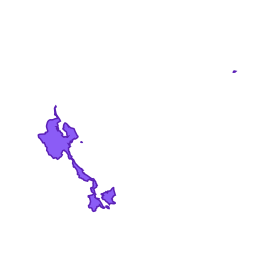 the border of Puntarenas, rotated 200°
{"feature_id": "CRI-1330", "entity_name": "Puntarenas", "entity_type": "Province", "adm_level": 1, "iso_a3": "CRI", "parent_name": "Costa Rica", "parent_adm1": "", "projection": "albers", "projection_center": [-84.164, 7.924], "detail": "fine", "context": "isolated", "style": "filled", "palette": "violet", "viewbox_px": 256, "rotation_deg": 200, "n_neighbors": 0, "source": "natural_earth", "source_scale": "10m", "svg_char_len": 5747}
<svg xmlns="http://www.w3.org/2000/svg" viewBox="0 0 256 256"><g transform="rotate(200 128 128)"><path d="M201.7,85.1L201.7,85.5L202.8,85.1L203.2,85.0L203.4,85.2L203.8,86.0L204.9,86.5L206.6,87.8L208.3,88.4L208.8,88.7L209.9,90.7L209.3,91.6L208.2,92.2L204.4,93.8L204.0,94.1L203.6,94.6L204.1,95.0L204.1,95.5L203.7,95.9L202.6,96.6L202.3,96.9L202.3,97.5L202.5,98.0L204.6,100.7L205.1,101.6L205.4,102.8L205.6,105.4L205.5,106.7L205.1,107.8L204.3,108.8L203.4,109.3L202.3,109.6L201.3,110.2L199.6,111.8L197.6,113.0L197.6,113.4L197.9,113.8L198.9,114.4L199.7,115.3L200.4,115.2L200.7,115.2L201.4,115.5L201.6,115.9L201.8,117.1L203.8,121.4L203.6,123.1L203.4,123.9L202.9,123.5L202.9,123.0L203.4,121.8L203.3,121.3L200.7,117.0L199.8,116.0L195.2,112.7L193.9,111.4L195.0,110.1L196.1,108.5L195.9,107.9L194.6,106.4L194.4,106.0L194.4,105.4L195.7,104.7L195.3,104.6L194.2,104.6L193.7,104.4L193.4,104.1L192.7,102.7L192.9,102.1L193.2,102.1L193.6,103.0L193.7,103.5L193.8,103.6L194.9,103.2L194.9,102.9L193.9,102.3L193.2,101.4L192.9,101.4L192.6,101.8L191.2,101.8L190.6,101.9L189.9,100.9L189.4,100.6L188.9,100.9L187.7,100.2L187.3,99.6L187.6,98.8L187.1,98.8L187.2,98.2L186.7,97.9L185.3,97.5L185.1,98.0L184.6,97.8L184.3,97.8L183.9,98.5L183.4,98.6L182.2,98.4L181.7,98.6L181.5,99.3L181.7,99.1L182.0,99.1L183.3,101.1L183.5,101.7L184.5,103.2L185.0,103.5L186.9,103.9L187.5,104.3L188.4,105.2L188.9,105.0L188.9,105.9L188.8,106.3L188.6,106.5L188.6,106.8L189.2,107.5L189.4,108.9L189.3,110.2L188.9,111.2L188.0,111.2L186.7,110.8L185.4,110.1L184.8,109.6L185.8,109.9L185.1,109.6L184.5,109.1L184.5,109.6L182.4,108.7L181.6,108.6L178.7,108.9L178.2,108.6L176.8,106.9L173.6,103.9L173.4,103.6L172.2,103.1L172.1,101.9L173.5,99.9L174.5,99.4L174.8,99.7L175.0,99.4L176.2,97.8L175.7,97.2L176.3,96.5L177.3,96.0L178.2,95.7L177.0,95.5L176.3,96.1L175.8,96.3L175.7,96.0L175.9,95.4L176.4,94.7L177.7,94.0L177.9,93.6L177.7,93.2L176.8,92.6L176.7,91.9L177.4,92.3L178.2,92.4L176.8,91.3L176.2,91.1L176.6,90.8L176.5,90.6L176.2,90.4L176.3,90.0L177.1,89.1L176.0,86.2L175.4,85.5L175.1,85.7L174.3,84.7L173.5,83.4L172.5,82.4L171.1,82.1L171.2,81.2L170.3,80.3L169.2,79.8L168.4,79.6L165.5,76.8L162.6,75.4L162.2,75.1L158.6,73.7L157.9,73.9L157.6,73.4L157.1,73.6L156.5,73.0L155.8,72.9L156.2,72.2L155.7,71.2L154.7,70.4L153.8,70.1L153.8,70.3L154.4,70.5L154.9,70.8L153.9,70.7L152.4,69.8L150.5,69.5L145.5,68.1L144.6,68.0L143.2,68.3L142.7,68.3L142.2,67.9L141.9,67.1L141.4,67.0L141.6,67.5L139.7,66.1L139.3,65.1L138.1,64.4L138.0,63.4L137.4,63.4L137.5,63.0L137.4,61.8L137.6,61.4L138.2,60.8L138.5,60.2L139.0,59.4L139.1,58.9L139.0,58.4L138.1,57.5L136.6,55.2L136.2,54.9L135.6,54.7L135.7,54.1L136.2,53.2L135.3,52.5L135.2,52.1L135.4,51.6L134.3,51.2L131.0,51.6L131.0,51.3L131.5,51.1L133.3,51.0L133.3,50.8L131.1,50.5L130.2,50.2L129.3,49.7L128.0,48.6L127.3,48.2L127.0,47.9L127.1,47.7L126.5,47.4L125.0,46.0L124.2,45.6L123.8,45.2L123.6,45.1L123.0,45.4L122.7,45.1L123.0,44.5L123.7,44.2L124.8,44.2L125.4,44.5L126.1,44.4L126.7,44.7L127.9,45.9L128.5,46.1L128.3,45.3L128.5,44.8L129.3,44.0L130.2,43.6L130.3,43.4L130.3,43.0L130.0,42.4L130.3,41.7L130.6,40.3L130.5,40.1L130.2,39.7L130.2,39.3L130.5,38.9L131.8,37.9L132.7,38.0L133.4,38.5L134.2,39.8L134.8,40.3L136.0,40.2L136.9,39.8L137.2,39.9L137.9,40.3L138.1,40.9L138.5,41.3L138.5,41.7L138.0,42.7L137.7,43.5L138.0,44.4L137.9,45.5L138.1,46.1L138.7,47.2L140.2,49.2L140.5,49.8L141.0,49.8L141.4,49.5L141.7,49.6L142.1,50.4L142.1,50.7L141.9,50.9L141.2,51.2L139.4,52.4L139.0,52.5L138.0,53.9L137.6,54.1L137.5,54.7L137.9,55.0L138.7,55.3L140.2,55.6L140.5,55.8L141.3,56.9L141.0,57.2L141.9,57.7L142.4,58.4L142.4,58.8L142.2,59.4L141.9,59.5L140.8,59.5L140.6,59.7L140.6,59.9L141.0,61.4L141.0,62.2L141.9,63.9L142.2,65.5L142.9,66.4L143.4,66.5L144.5,66.3L145.0,66.5L145.7,66.3L146.3,66.7L146.6,66.7L146.8,66.6L147.1,66.1L147.8,65.4L147.8,64.2L149.5,64.0L151.6,63.9L152.3,64.6L152.6,64.6L154.0,64.6L154.4,64.8L155.0,64.9L156.6,64.7L157.1,64.8L157.4,65.4L157.3,66.2L157.4,66.5L157.8,66.9L158.0,67.0L159.0,67.0L159.6,67.1L159.9,67.9L159.7,68.7L159.8,68.9L160.6,69.3L161.2,70.5L162.1,71.3L164.5,72.9L165.1,73.1L165.3,72.8L165.7,72.7L166.1,73.0L166.4,73.6L166.6,74.4L167.8,75.6L168.1,76.2L168.2,77.2L168.4,78.0L168.8,78.6L169.1,78.9L171.2,79.8L171.5,79.7L171.8,79.1L172.1,79.0L172.5,79.0L173.0,79.2L174.3,80.7L174.8,82.1L175.2,82.6L178.6,84.8L179.6,84.8L180.2,85.3L180.5,85.3L181.6,84.3L181.7,83.9L181.6,83.1L182.0,82.0L181.9,81.3L181.7,80.8L181.3,80.8L181.0,80.6L180.6,80.5L180.6,80.3L181.0,78.3L182.1,77.0L182.7,75.4L183.6,74.5L184.6,74.9L184.8,75.0L184.9,75.5L185.1,75.5L185.5,75.2L186.6,75.1L187.1,74.3L187.7,74.0L188.2,74.2L188.9,74.8L189.9,75.2L191.0,75.9L191.5,76.0L192.9,75.8L193.3,75.9L195.0,78.0L196.7,79.1L197.5,82.0L199.4,82.7L200.0,83.9L200.6,84.5L201.2,84.7L201.7,85.1ZM119.3,49.6L120.2,50.3L122.7,51.4L123.0,51.3L123.6,51.5L125.0,52.4L125.6,52.6L126.3,52.6L127.0,52.3L128.8,53.6L128.8,53.9L128.1,54.0L128.1,54.6L129.0,55.7L128.4,56.0L128.0,56.4L128.5,56.7L129.2,56.8L130.5,56.7L130.5,57.0L128.8,58.0L128.4,58.8L127.5,59.3L127.0,60.5L125.8,60.0L125.2,59.9L125.0,60.4L125.7,61.4L125.6,61.6L124.2,62.2L124.1,62.4L123.2,62.8L123.0,63.1L122.2,65.7L121.4,67.0L121.1,67.0L120.1,64.8L117.0,60.6L117.5,60.3L117.7,59.8L118.0,59.6L118.3,58.9L118.6,58.6L118.5,58.0L119.1,55.8L118.3,55.6L118.0,54.7L117.5,54.1L116.9,53.8L116.2,53.7L115.9,53.6L114.8,53.5L114.5,53.3L114.3,52.9L114.8,52.3L115.7,51.9L116.4,51.7L116.6,52.0L117.9,51.3L118.7,51.1L119.0,50.8L119.3,49.6ZM120.2,46.4L121.5,46.9L121.9,46.9L121.9,47.2L120.9,47.5L119.7,47.4L119.0,47.2L118.7,46.8L118.2,45.9L119.2,45.6L121.4,46.2L121.4,46.4L120.2,46.4ZM47.6,217.9L46.1,218.1L46.6,217.2L47.6,216.6L48.1,216.5L48.1,217.4L47.6,217.9ZM166.3,98.8L166.8,98.6L167.3,98.6L167.3,99.0L167.0,99.1L166.5,99.0L166.3,98.8Z" fill="#8b5cf6" stroke="#5b21b6" stroke-width="1.5"/></g></svg>